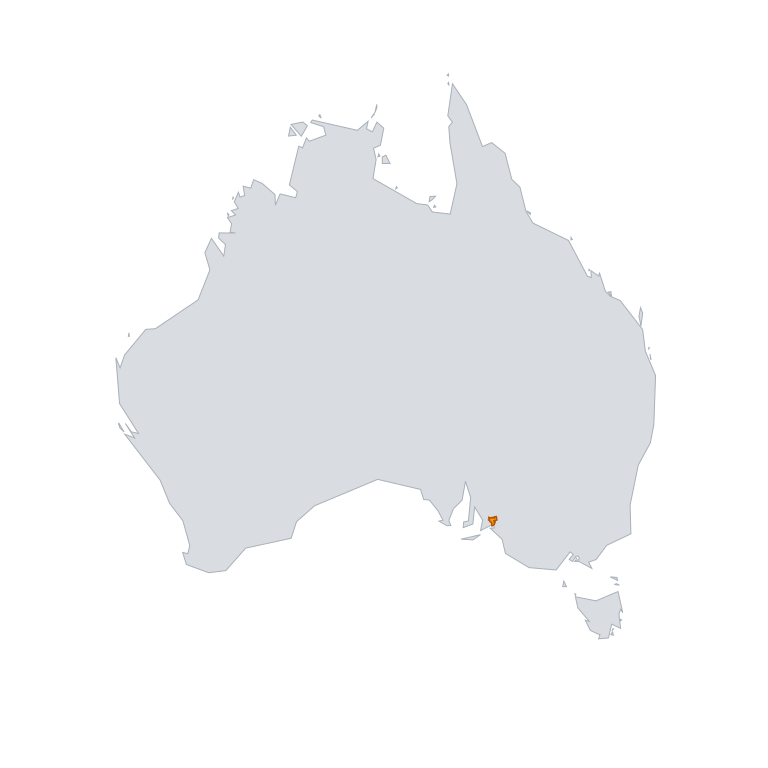 Murray Bridge, South Australia, Australia shown in context, rotated 349°
{"feature_id": "25037944B7394804053319", "entity_name": "Murray Bridge", "entity_type": "district", "adm_level": 2, "iso_a3": "AUS", "parent_name": "Australia", "parent_adm1": "South Australia", "projection": "equal_earth", "projection_center": [139.209, -35.2], "detail": "fine", "context": "in_parent", "style": "filled", "palette": "amber", "viewbox_px": 768, "rotation_deg": 349, "n_neighbors": 0, "source": "geoboundaries", "source_scale": "gbopen_adm2", "svg_char_len": 5039}
<svg xmlns="http://www.w3.org/2000/svg" viewBox="0 0 768 768"><g transform="rotate(349 384 384)"><path d="M518.3,125.5L526.0,169.7L535.8,167.6L546.9,180.7L548.5,207.5L555.0,216.8L556.3,241.6L560.9,254.5L592.5,278.3L604.3,317.1L607.9,319.0L608.7,312.2L615.5,319.2L616.7,315.7L619.0,335.3L623.0,341.1L631.8,347.2L648.3,379.9L646.8,401.6L652.2,427.5L641.1,475.4L634.2,492.6L618.1,512.1L602.4,550.0L597.8,578.2L571.9,584.8L558.7,596.8L550.8,597.9L552.8,604.7L540.7,594.7L542.5,592.4L541.8,589.9L539.5,589.8L535.2,594.2L532.3,591.5L537.4,587.4L534.6,584.3L517.5,599.4L491.3,591.9L470.9,573.5L470.3,559.0L460.7,545.8L464.7,546.3L464.7,542.3L450.8,546.3L454.9,536.4L449.5,522.0L444.5,538.4L434.3,540.1L435.9,534.6L440.7,534.6L447.4,512.0L445.4,495.0L438.5,512.9L428.3,519.7L421.6,530.3L422.6,535.7L418.5,535.0L411.8,529.1L415.9,529.0L412.8,518.5L406.3,506.5L400.9,505.0L399.8,494.5L359.6,476.4L292.8,490.2L271.9,502.4L263.4,517.7L216.9,518.7L193.1,537.0L175.9,535.8L155.6,523.5L154.2,510.9L159.1,513.1L162.5,505.5L160.5,479.9L150.8,460.3L145.9,435.7L119.9,383.8L128.9,389.4L122.6,373.4L126.9,382.8L133.6,385.7L120.7,352.8L125.8,307.0L128.0,317.8L134.9,306.0L160.6,284.9L170.1,286.1L217.6,265.9L234.9,238.7L233.2,220.9L242.4,208.1L251.1,227.9L255.0,216.9L249.5,209.1L251.0,204.2L267.0,207.5L261.9,205.6L265.0,197.7L262.0,190.8L270.5,189.8L267.3,184.7L274.4,183.9L271.8,176.5L277.7,168.0L278.3,173.1L283.2,172.4L283.5,162.9L290.6,166.3L295.0,158.6L302.7,163.9L313.1,177.2L311.5,187.8L318.3,177.6L332.9,184.3L335.7,178.6L329.1,170.5L345.7,134.3L349.1,136.7L354.8,127.6L356.9,131.5L374.4,128.6L373.8,119.9L362.0,113.4L363.9,111.2L406.3,129.9L418.5,123.1L415.5,130.2L420.7,134.2L427.0,125.6L432.6,132.8L426.0,149.0L418.7,150.5L419.1,162.1L412.4,180.3L450.6,213.2L461.0,216.6L464.3,224.4L481.4,229.8L493.8,201.4L494.8,159.6L496.7,143.8L501.1,140.0L497.8,132.9L508.5,102.4L518.3,125.5ZM531.3,629.4L550.7,637.3L574.1,632.4L574.7,654.1L573.3,650.2L570.7,654.8L569.6,669.0L561.6,663.2L555.9,676.1L546.0,675.1L548.1,671.5L539.6,665.3L536.5,654.3L540.3,656.3L531.6,640.9L531.3,629.4ZM342.2,111.4L354.4,111.4L358.1,115.9L350.1,125.0L342.2,111.4ZM430.1,551.0L450.0,550.3L441.5,554.0L430.1,551.0ZM429.5,159.7L432.0,168.7L424.4,167.2L425.6,160.8L429.5,159.7ZM647.3,376.1L647.2,366.2L650.4,358.0L651.4,363.9L647.3,376.1ZM569.3,616.5L575.7,618.3L575.8,621.4L569.3,616.5ZM341.0,114.1L345.4,123.0L337.6,122.4L341.0,114.1ZM524.5,617.8L520.8,617.0L522.9,611.8L524.5,617.8ZM470.4,209.5L466.7,212.2L463.1,213.7L464.9,208.7L470.4,209.5ZM119.7,381.5L116.4,376.7L115.8,372.2L116.3,372.0L119.7,381.5ZM574.2,624.4L576.7,626.4L571.9,624.7L574.2,624.4ZM621.5,336.6L624.3,336.6L624.1,341.0L621.5,336.6ZM557.2,241.3L560.4,244.0L559.8,245.5L557.2,241.3ZM561.1,670.9L561.2,674.4L558.8,673.3L561.1,670.9ZM650.8,405.3L650.8,410.7L650.4,410.6L650.8,405.3ZM373.1,111.0L371.1,108.5L372.4,107.3L373.1,111.0ZM429.7,111.4L426.8,116.0L430.3,108.1L429.7,111.4ZM651.5,398.9L650.1,400.6L651.0,398.7L651.5,398.9ZM434.5,193.9L432.8,194.8L433.7,192.6L434.5,193.9ZM423.5,159.5L421.4,159.9L422.7,157.1L423.5,159.5ZM143.5,285.1L143.0,288.7L142.1,288.4L143.5,285.1ZM504.9,100.3L504.8,103.4L504.0,101.2L504.9,100.3ZM539.5,591.2L539.9,592.8L539.3,592.3L539.5,591.2ZM426.0,117.3L422.0,120.4L426.1,116.5L426.0,117.3ZM271.9,172.1L270.5,174.2L271.4,171.7L271.9,172.1ZM562.6,668.4L561.3,669.0L562.1,667.8L562.6,668.4ZM468.7,220.1L466.4,220.1L467.6,218.2L468.7,220.1ZM264.2,188.3L263.1,189.5L263.0,186.6L264.2,188.3ZM572.2,661.0L570.5,662.0L571.1,660.1L572.2,661.0ZM506.4,91.9L506.1,94.0L504.9,93.0L506.4,91.9ZM538.5,593.5L540.1,595.1L537.3,594.6L538.5,593.5ZM596.4,278.1L595.0,278.2L595.6,275.8L596.4,278.1ZM607.4,311.8L606.7,311.9L607.3,310.0L607.4,311.8ZM532.2,626.8L531.7,628.1L531.3,626.4L532.2,626.8Z" fill="#d9dde1" stroke="#a8b0b8" stroke-width="1"/><path d="M462.9,543.9L463.4,543.8L465.2,543.0L465.3,543.0L465.3,542.9L465.4,542.7L465.5,542.6L465.6,542.4L465.7,542.2L465.8,542.1L465.9,541.9L466.0,541.9L466.0,541.7L465.9,541.5L465.9,541.4L465.9,541.2L466.0,541.2L466.3,541.1L466.5,541.0L466.7,540.9L466.8,540.8L466.8,540.7L466.8,540.4L466.7,540.2L466.4,540.0L466.4,539.9L466.2,539.8L466.2,539.7L465.9,539.5L465.8,539.4L465.7,539.4L465.7,539.2L466.9,539.1L467.1,539.1L468.7,539.1L468.8,539.1L468.9,537.2L469.0,537.1L468.9,537.0L468.9,535.5L468.4,535.5L468.1,535.5L467.8,535.5L467.7,535.5L467.0,535.5L467.0,535.9L467.0,536.0L467.0,536.4L466.1,536.4L466.0,536.5L465.9,536.5L465.7,536.5L465.7,536.4L465.6,536.2L465.4,536.0L465.3,535.9L465.2,535.8L465.2,535.7L463.9,535.7L463.4,535.7L463.4,535.8L463.3,536.0L461.9,535.1L461.5,534.8L461.3,535.2L461.4,535.3L461.4,535.5L461.5,535.5L461.6,535.8L461.5,536.0L461.5,535.9L461.5,536.0L461.6,536.3L461.5,536.5L461.5,536.4L461.5,536.5L461.5,536.8L461.5,537.0L461.4,537.0L461.5,537.1L461.5,537.3L461.6,537.5L461.6,537.8L461.6,538.0L461.5,538.3L461.4,538.3L461.5,538.4L461.6,538.5L461.9,538.8L461.9,539.3L461.9,539.6L462.2,539.7L462.4,539.9L462.5,540.0L463.1,540.3L463.0,541.1L463.0,541.5L462.9,543.9Z" fill="#f59e0b" stroke="#b45309" stroke-width="1.5"/></g></svg>